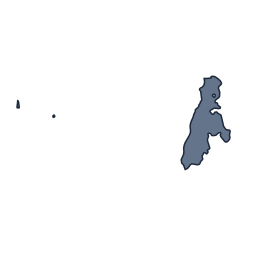 outline of Agrigento, rotated 75°
{"feature_id": "ITA-5417", "entity_name": "Agrigento", "entity_type": "Province", "adm_level": 1, "iso_a3": "ITA", "parent_name": "Italy", "parent_adm1": "", "projection": "mercator", "projection_center": [13.389, 36.616], "detail": "fine", "context": "isolated", "style": "filled", "palette": "slate", "viewbox_px": 256, "rotation_deg": 75, "n_neighbors": 0, "source": "natural_earth", "source_scale": "10m", "svg_char_len": 2316}
<svg xmlns="http://www.w3.org/2000/svg" viewBox="0 0 256 256"><g transform="rotate(75 128 128)"><path d="M182.9,83.5L178.3,83.9L177.7,84.1L176.3,84.9L175.6,85.2L172.4,84.8L167.9,81.2L165.2,80.1L162.0,79.5L159.4,78.3L157.1,76.7L150.9,70.6L148.8,69.0L146.3,68.2L142.9,67.7L140.3,66.7L138.1,65.3L134.5,62.4L131.4,60.6L130.1,59.2L129.4,58.8L128.5,58.5L127.7,58.1L125.9,54.6L125.4,54.2L123.8,53.3L123.0,52.2L122.4,51.6L121.6,51.4L121.2,51.1L120.5,49.8L120.1,49.5L111.2,48.3L110.2,48.8L109.4,49.0L108.7,48.6L108.2,47.7L107.8,45.9L107.5,45.1L105.6,43.1L103.3,42.1L99.8,41.6L100.6,38.8L101.2,35.0L100.0,34.5L99.8,33.4L100.7,31.0L103.3,28.6L106.3,26.7L108.4,26.1L108.5,26.1L109.5,26.3L109.9,26.7L111.5,29.5L112.9,30.4L117.2,30.1L121.1,31.4L122.1,32.4L123.2,35.3L124.0,36.5L125.0,37.1L125.5,37.3L126.0,37.1L126.3,36.8L126.6,35.8L126.9,35.5L127.4,35.2L129.2,35.3L129.9,34.9L131.3,33.6L132.0,33.4L132.9,34.0L132.7,35.4L131.1,39.5L132.0,42.9L132.6,44.2L133.3,44.7L136.5,43.1L136.8,41.9L135.2,39.9L135.5,38.1L136.6,37.6L137.8,36.7L138.7,35.6L139.8,34.8L151.0,35.2L154.2,34.1L155.3,33.2L156.1,30.9L156.8,30.2L157.6,30.2L160.6,31.6L161.7,31.9L163.0,31.9L164.2,32.3L165.3,33.0L166.2,34.2L166.8,35.3L167.0,36.4L166.8,37.4L165.9,38.1L160.7,40.5L159.0,40.7L158.3,40.4L157.6,39.9L156.9,39.7L156.2,40.3L156.1,41.7L157.7,44.9L157.6,46.9L157.2,48.4L157.0,48.9L156.7,49.1L156.4,49.2L155.9,49.3L155.2,49.5L154.6,49.9L154.2,50.6L154.0,51.4L154.2,52.1L154.6,52.4L156.6,52.3L157.3,52.6L158.8,53.8L160.0,54.3L161.1,54.5L168.4,54.2L169.0,54.5L169.3,55.0L170.0,57.1L171.6,56.9L172.1,57.0L172.4,57.3L173.3,58.4L173.3,58.8L172.1,59.7L171.5,60.5L171.5,61.1L174.0,63.4L174.8,63.8L175.4,63.9L176.8,63.7L177.4,63.9L177.9,64.4L179.2,66.4L179.6,66.8L180.9,67.7L181.5,68.6L181.6,69.8L181.3,70.9L179.4,75.1L179.3,76.0L179.4,76.8L179.8,77.5L181.9,80.1L182.6,81.6L182.9,83.5ZM118.9,37.9L120.0,37.6L120.5,36.9L120.3,36.0L119.2,35.4L118.4,35.3L117.8,35.7L117.7,36.5L118.0,37.9L118.9,37.9ZM80.0,228.1L80.2,228.8L80.0,229.6L79.3,229.9L78.7,229.7L78.3,229.4L78.0,229.4L75.2,228.2L73.8,227.8L73.1,227.5L73.6,227.0L75.2,227.0L76.0,227.2L79.4,227.6L80.0,227.7L80.2,227.9L80.0,228.1ZM97.3,195.7L97.8,195.7L98.3,196.2L98.5,197.1L98.2,197.5L97.1,197.5L96.7,197.1L96.3,196.5L96.4,196.0L96.8,195.8L97.3,195.7Z" fill="#64748b" stroke="#1e293b" stroke-width="1.5"/></g></svg>